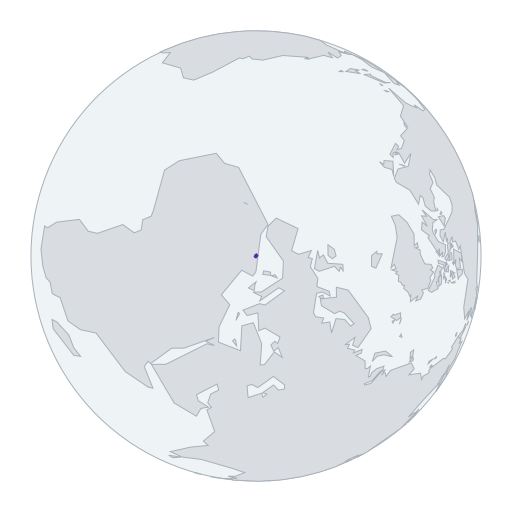 Bordj Bou Arréridj on an orthographic globe, rotated 110°
{"feature_id": "DZA-2207", "entity_name": "Bordj Bou Arréridj", "entity_type": "Province", "adm_level": 1, "iso_a3": "DZA", "parent_name": "Algeria", "parent_adm1": "", "projection": "orthographic", "projection_center": [4.728, 36.101], "detail": "fine", "context": "on_globe", "style": "filled", "palette": "violet", "viewbox_px": 512, "rotation_deg": 110, "n_neighbors": 0, "source": "natural_earth", "source_scale": "10m", "svg_char_len": 10539}
<svg xmlns="http://www.w3.org/2000/svg" viewBox="0 0 512 512"><g transform="rotate(110 256 256)"><circle cx="256" cy="256" r="225" fill="#eef3f6" stroke="#a8b0b8"/><path d="M123.9,73.5L140.0,64.1L134.0,67.9L138.9,65.5L146.6,61.0L150.5,58.6L177.6,48.7L204.3,40.0L209.8,37.3L210.9,38.4L219.5,34.1L232.1,32.0L219.6,34.5L219.6,35.0L229.0,33.4L231.1,33.6L236.9,33.2L238.5,33.9L231.1,35.9L232.0,36.6L238.6,35.5L244.4,35.9L234.6,37.3L243.7,38.4L232.9,43.3L205.2,48.9L200.8,54.3L176.6,67.5L180.5,67.7L173.7,73.6L175.6,76.1L170.6,78.4L176.5,78.6L180.7,76.1L184.7,75.4L186.3,76.9L180.1,79.9L178.4,79.6L177.4,81.2L173.7,82.2L176.4,82.5L168.8,86.3L178.5,84.9L174.2,89.9L168.6,91.8L166.4,88.5L147.8,86.9L141.4,88.9L134.5,94.4L127.4,110.6L121.5,114.5L115.5,121.9L120.0,120.8L126.3,114.8L133.2,115.3L140.1,108.4L143.9,107.8L152.2,102.5L153.8,106.8L151.1,114.1L144.3,118.9L142.9,122.4L151.7,121.0L141.5,133.8L138.8,149.2L135.8,152.5L125.7,152.3L119.6,143.6L106.5,145.5L118.0,148.1L110.3,157.1L110.3,160.5L112.5,162.5L116.5,160.8L114.5,164.9L102.5,163.4L104.1,159.5L107.9,159.9L105.0,156.1L96.8,156.1L93.6,161.3L84.7,157.6L82.3,161.4L79.0,163.0L83.4,157.0L75.2,168.1L64.2,168.8L52.9,188.7L60.8,168.3L61.7,161.6L61.8,155.9L59.8,159.0L62.5,148.6L60.4,147.6L52.8,159.7L46.4,174.1L44.1,183.7L46.5,180.0L46.6,185.3L39.8,198.0L38.8,212.2L35.0,224.3L33.8,234.5L35.0,238.6L35.7,247.9L38.5,244.4L42.1,247.1L39.8,258.1L43.6,252.0L44.3,261.0L52.8,273.9L51.6,275.4L58.4,299.3L69.6,316.6L72.2,327.1L70.5,330.6L75.3,336.0L75.4,339.2L97.7,359.3L112.0,374.6L113.4,385.1L105.2,391.1L106.5,410.0L94.1,406.1L96.9,412.4L97.4,416.0L94.3,412.9L81.4,398.4L69.8,382.9L59.6,366.4L50.9,349.1L47.2,340.6L45.4,335.9L39.7,318.9L35.4,301.5L32.4,283.8L32.0,277.2L31.4,269.4L33.5,262.5L34.8,245.9L34.6,240.8L33.2,243.2L34.1,223.7L36.9,209.1L45.5,175.8L51.8,160.8L59.3,146.2L67.8,132.2L77.2,118.9L87.6,106.3L98.9,94.5L111.0,83.6L123.9,73.5ZM49.5,194.5L48.6,216.9L45.9,210.5L47.0,210.2L47.9,203.1L48.5,193.4L47.0,188.8L49.5,194.5ZM56.2,190.0L56.1,186.9L56.7,189.1L56.2,190.0ZM151.9,57.7L146.5,60.9L138.8,65.2L143.0,62.4L151.9,57.7ZM167.0,50.9L165.1,52.1L159.9,53.8L162.6,52.5L167.0,50.9ZM213.4,35.7L208.6,36.9L212.5,35.7L213.4,35.7ZM237.4,33.0L238.1,32.7L240.8,32.7L237.4,33.0ZM150.7,100.6L151.4,101.5L149.5,102.0L150.7,100.6ZM153.6,97.5L150.9,97.4L151.8,96.0L153.5,96.1L153.6,97.5ZM245.8,33.8L249.9,34.2L244.4,34.1L245.8,33.8ZM156.7,98.1L153.9,93.5L155.7,91.0L163.4,89.5L156.7,98.1ZM251.4,34.6L261.4,35.9L263.9,35.1L262.7,38.6L254.5,36.0L247.4,35.9L251.5,35.3L251.4,34.6ZM181.4,74.7L177.0,77.4L179.3,73.9L181.4,74.7ZM181.9,72.7L183.2,63.8L190.6,60.8L188.6,64.2L197.0,59.8L199.9,62.6L196.0,65.7L190.7,67.0L195.9,67.2L181.9,72.7ZM260.4,40.6L261.7,41.5L258.9,41.0L260.4,40.6ZM186.5,74.9L186.1,73.2L192.5,70.5L194.4,73.5L191.7,73.4L186.5,74.9ZM197.8,57.4L202.8,56.1L206.6,58.0L209.0,57.8L200.6,62.5L197.8,57.4ZM191.1,74.7L195.2,75.1L193.6,77.8L187.3,76.5L191.1,74.7ZM193.3,68.6L196.4,67.6L195.3,69.1L193.3,68.6ZM190.3,88.2L189.7,85.9L192.9,84.2L190.3,88.2ZM196.9,75.1L197.4,74.2L198.6,73.3L200.9,74.2L196.9,75.1ZM203.9,63.7L204.4,64.9L207.5,61.8L210.4,63.4L204.3,66.4L208.2,65.8L209.1,66.3L203.1,68.2L203.9,63.7ZM206.9,72.7L200.1,77.4L200.6,82.0L197.7,83.5L197.5,76.0L206.9,72.7ZM205.2,69.8L205.6,71.9L201.8,72.5L199.2,71.6L205.2,69.8ZM214.7,63.6L211.7,60.4L213.2,59.9L214.7,63.6ZM207.8,73.8L209.4,72.6L208.3,74.0L207.8,73.8ZM213.4,66.5L212.2,65.3L213.8,64.8L213.4,66.5ZM213.7,71.5L211.5,72.9L209.6,72.2L213.7,71.5ZM214.2,69.1L216.8,68.6L210.3,71.1L213.3,68.6L214.2,69.1ZM215.2,66.2L215.8,65.5L215.5,66.7L215.2,66.2ZM222.0,73.6L214.3,76.9L210.2,75.2L218.3,72.2L222.0,73.6ZM410.6,92.1L408.6,90.3L409.5,91.5L405.5,88.0L413.1,95.9L407.7,91.3L416.3,100.2L419.2,102.2L414.4,96.4L424.2,106.8L426.4,108.6L437.6,122.7L447.7,137.6L456.5,153.3L457.6,155.4L459.2,158.8L459.3,159.0L464.0,170.3L466.3,175.1L474.5,201.3L474.2,201.7L477.7,216.5L478.0,217.6L478.9,223.2L476.3,210.7L471.3,197.6L472.5,206.9L470.0,200.0L463.4,192.6L463.7,206.0L465.9,237.9L470.2,256.8L469.1,269.6L457.9,252.0L450.4,236.2L447.9,242.1L435.0,234.8L417.4,249.5L413.5,246.1L410.4,251.2L401.2,251.3L394.7,245.2L389.7,248.8L406.7,264.5L411.8,260.6L414.2,248.9L418.1,255.6L426.9,257.2L422.1,282.7L393.6,317.2L388.6,303.7L355.1,271.9L354.9,266.7L354.6,266.2L354.1,265.3L353.3,274.2L346.8,267.3L367.1,292.0L371.5,303.7L393.2,318.3L391.8,321.4L398.1,323.2L415.5,307.6L416.1,312.5L409.3,339.4L383.1,379.9L385.3,395.8L381.3,410.5L362.2,425.7L361.1,434.5L350.8,440.7L348.3,445.7L338.5,452.8L323.1,460.4L300.0,464.9L300.7,461.4L292.5,455.1L282.0,434.5L290.1,422.2L289.0,412.9L272.0,391.9L275.9,378.3L270.8,372.8L260.6,374.8L254.4,368.1L248.0,368.0L206.6,371.3L192.7,360.7L173.1,328.4L179.7,317.3L178.7,302.6L222.2,255.5L233.9,258.9L270.9,250.7L276.0,252.2L274.3,264.6L304.3,275.3L310.8,264.0L335.2,266.5L349.8,261.8L350.3,238.2L326.4,245.4L319.6,235.7L336.6,220.6L357.1,214.8L355.1,210.9L339.9,206.0L342.4,196.6L334.4,203.7L339.3,206.8L334.5,211.6L329.7,209.2L330.7,205.7L323.9,205.8L320.7,222.9L325.3,227.8L308.8,234.8L315.0,244.0L311.3,249.7L299.6,236.4L299.0,230.7L279.0,217.3L278.1,223.8L296.9,237.1L292.1,236.7L291.0,246.5L288.0,238.7L267.7,223.4L251.3,228.6L234.4,253.0L224.0,254.9L213.5,250.0L215.8,225.9L238.8,224.4L239.9,216.7L231.9,205.8L239.6,206.5L239.1,202.2L247.5,201.3L255.9,190.2L263.9,188.4L264.1,175.1L268.3,172.6L267.0,181.0L270.3,186.3L289.8,182.6L292.6,179.2L291.2,171.1L296.7,171.4L292.8,164.1L302.5,158.7L287.5,159.4L285.4,150.9L289.5,143.2L286.1,140.7L279.4,153.4L279.2,158.5L283.3,162.5L280.3,177.5L274.3,180.9L267.2,166.3L257.9,169.8L256.5,157.7L275.4,129.5L284.9,123.0L307.2,128.9L306.8,134.7L298.6,135.2L309.0,142.1L306.8,137.9L311.4,138.5L310.6,131.2L313.8,131.3L307.5,124.4L311.3,123.8L315.3,128.2L317.3,117.6L324.5,114.9L323.4,112.6L320.2,110.8L331.4,109.0L330.1,107.4L325.9,107.3L320.6,104.1L315.7,98.1L319.8,97.8L322.2,99.9L333.4,104.3L339.0,110.5L340.2,109.8L336.3,104.4L322.6,99.0L318.5,95.5L325.1,97.3L322.3,96.3L321.6,94.5L324.7,92.6L317.5,90.5L303.3,73.4L308.0,68.7L315.4,71.7L309.9,61.4L315.5,58.1L311.7,57.8L306.5,53.5L304.6,54.4L302.4,54.0L288.1,44.8L287.9,42.9L277.4,39.9L275.4,39.9L274.9,41.1L262.7,38.6L263.9,35.1L268.3,35.1L266.0,33.4L276.5,33.9L284.1,34.0L296.9,36.4L301.8,36.8L300.3,36.2L305.9,36.6L322.4,40.7L315.5,40.0L292.0,37.1L302.1,38.2L301.7,38.9L306.6,40.1L313.6,41.2L313.2,40.6L334.3,49.6L355.1,57.7L348.9,53.3L350.7,53.0L368.9,61.3L401.6,84.3L403.6,85.8L410.6,92.1ZM210.3,281.3L209.8,285.8L210.3,281.3ZM381.1,220.0L391.8,215.0L383.0,203.8L386.4,201.1L382.1,198.5L382.3,203.0L371.2,195.4L374.4,188.9L371.1,183.6L367.3,185.1L363.2,198.4L379.0,209.2L378.2,216.1L381.1,220.0ZM53.2,274.2L53.9,277.9L52.3,275.8L53.2,274.2ZM43.9,213.8L44.5,216.9L44.3,220.0L43.5,218.4L43.9,213.8ZM53.0,237.4L54.5,241.5L52.3,239.1L53.0,237.4ZM48.9,220.1L51.8,234.6L47.5,231.3L46.0,222.4L48.0,225.9L48.9,220.1ZM52.6,194.7L52.6,197.3L51.5,198.7L52.6,194.7ZM56.6,191.6L56.4,191.1L57.1,188.6L56.6,191.6ZM111.1,157.2L112.0,157.5L113.4,160.2L111.2,160.3L111.1,157.2ZM128.7,165.6L125.2,172.2L126.2,167.3L122.5,168.3L120.1,159.8L134.2,153.7L128.2,157.8L128.7,165.6ZM120.8,147.4L120.7,153.0L120.2,147.1L120.8,147.4ZM228.6,180.8L232.4,183.4L230.8,188.5L220.7,192.3L222.9,184.7L228.6,180.8ZM238.3,186.1L234.1,171.5L240.2,169.0L237.5,172.8L242.0,172.6L238.8,178.7L248.8,191.4L247.9,196.8L229.7,199.9L236.1,195.6L231.9,193.1L238.3,186.1ZM212.6,143.2L210.8,138.1L226.4,139.2L226.2,143.9L216.1,147.5L210.3,144.1L212.6,143.2ZM170.9,96.8L169.2,95.8L171.0,94.8L173.8,94.9L170.9,96.8ZM189.8,87.3L180.0,100.7L177.6,100.0L174.8,109.4L167.3,111.5L169.4,105.2L161.6,114.2L160.4,109.4L155.8,115.8L161.2,101.8L159.9,98.3L164.2,101.2L171.1,99.3L173.7,97.4L180.0,89.7L180.6,81.9L187.5,79.2L192.3,79.4L193.2,80.8L188.4,82.0L193.0,83.2L186.8,86.1L189.8,87.3ZM243.7,90.6L237.8,90.1L246.1,95.3L239.9,97.2L241.2,97.7L237.8,101.0L236.0,106.1L232.8,106.4L233.5,108.3L231.2,110.8L231.1,113.6L225.3,115.2L224.7,118.9L222.3,117.6L222.7,123.6L219.8,120.0L216.6,123.2L221.1,125.0L190.4,129.7L179.7,135.4L172.4,142.4L168.4,135.9L172.7,125.6L181.4,115.0L192.2,110.8L188.4,108.9L192.5,106.5L193.8,109.0L194.2,103.8L197.9,102.5L205.7,94.7L204.0,88.6L206.8,85.8L209.3,87.6L210.3,83.6L216.9,85.3L219.1,83.4L227.7,83.5L231.2,88.5L233.4,86.1L240.0,86.4L243.7,90.6ZM224.4,73.7L230.1,78.6L229.5,82.3L214.7,80.7L211.9,82.1L202.4,81.9L203.4,76.7L206.1,77.2L208.8,76.6L207.4,78.4L210.6,76.5L214.3,77.2L217.9,76.0L218.7,77.8L224.4,73.7ZM280.2,247.1L283.8,247.1L289.1,245.8L288.6,252.2L280.2,247.1ZM266.2,236.8L269.2,235.6L271.0,243.5L267.3,243.7L266.2,236.8ZM269.4,228.6L269.3,235.0L267.1,231.6L269.4,228.6ZM269.6,179.7L272.7,178.3L273.6,180.0L272.6,183.1L269.6,179.7ZM267.0,108.4L263.7,107.0L264.3,105.9L260.0,100.7L264.3,99.1L268.5,101.7L267.0,108.4ZM347.1,243.4L343.8,249.0L341.2,247.6L342.8,245.9L347.1,243.4ZM315.5,251.7L323.4,252.8L315.2,253.5L315.5,251.7ZM270.9,105.8L268.7,103.8L272.2,104.3L270.9,105.8ZM267.1,97.8L271.0,97.9L264.3,98.4L267.1,97.8ZM411.7,393.2L393.7,421.7L385.4,426.0L386.1,420.6L394.2,404.9L404.6,395.8L410.3,386.6L411.7,393.2ZM480.8,240.7L480.2,237.3L480.1,233.0L480.8,240.7ZM470.8,257.9L474.0,265.3L473.0,269.9L470.8,257.9ZM463.1,167.4L463.3,167.9L462.3,165.6L460.5,161.5L463.1,167.4ZM304.0,93.3L305.1,102.0L308.8,108.0L315.3,110.7L306.6,111.0L301.0,101.7L304.0,93.3ZM303.0,75.7L297.3,74.0L299.3,72.7L300.9,72.9L303.0,75.7ZM299.9,76.1L293.7,77.9L290.3,75.7L295.8,74.6L299.9,76.1ZM282.5,91.1L282.6,93.6L279.7,93.0L282.5,91.1ZM364.5,58.6L363.1,57.8L362.5,57.5L364.5,58.6ZM358.9,55.6L360.8,56.7L347.9,52.1L343.9,50.7L351.2,52.0L353.4,53.2L357.5,55.0L358.9,55.6ZM263.6,41.0L261.9,41.4L262.1,40.6L263.6,41.0ZM301.5,54.7L298.4,54.0L298.8,52.9L301.5,54.7ZM290.2,51.8L292.0,53.5L288.4,51.8L290.2,51.8ZM296.1,57.5L291.8,54.2L298.4,57.3L296.1,57.5Z" fill="#d9dde1" stroke="#a8b0b8" stroke-width="1"/><path d="M256.2,254.9L256.2,255.0L256.3,255.2L256.5,255.2L256.8,255.2L257.0,255.2L257.1,255.3L257.3,255.5L257.4,255.4L257.5,255.4L257.5,255.5L257.6,255.8L257.4,255.9L257.5,256.0L257.4,256.2L257.4,256.3L257.4,256.5L257.3,256.9L257.3,257.0L257.1,257.0L257.0,257.3L256.9,257.3L256.9,257.2L256.7,257.1L256.5,256.9L256.4,256.9L256.2,256.9L256.0,257.0L255.7,257.1L255.3,257.1L255.2,257.1L255.1,256.9L255.3,256.7L255.3,256.4L255.2,256.3L254.9,256.4L254.4,256.3L254.2,256.4L254.0,256.2L254.2,255.8L254.3,255.7L254.5,255.5L254.7,255.3L254.8,255.1L254.9,255.3L255.0,255.5L255.3,255.5L255.5,255.5L255.7,255.4L255.7,255.2L255.8,255.0L255.9,254.9L256.0,254.8L256.1,254.7L256.2,254.8L256.2,254.9Z" fill="#8b5cf6" stroke="#5b21b6" stroke-width="1.5"/></g></svg>